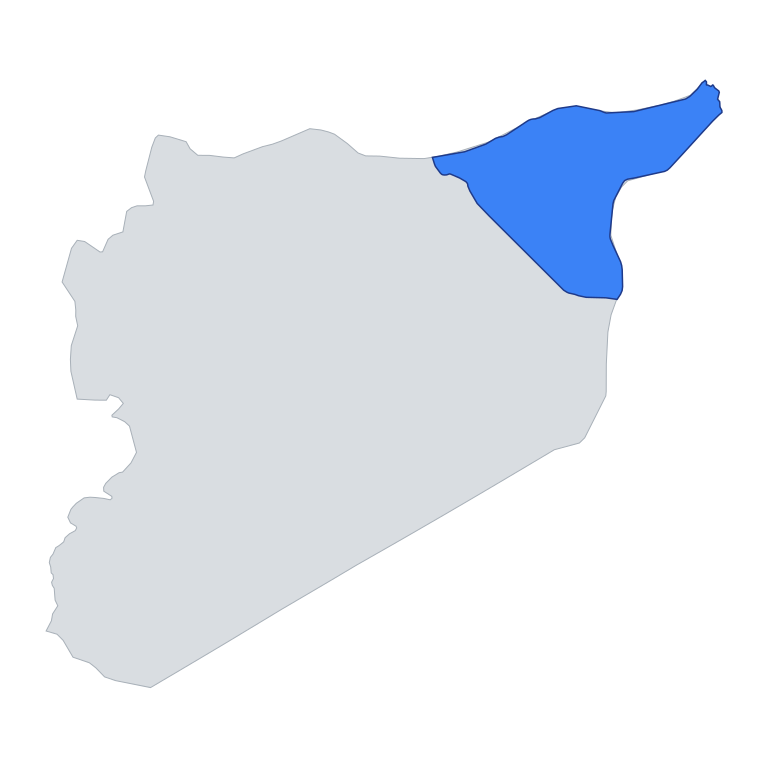 Hasaka (Al Haksa) on a map of Syria (orthographic projection)
{"feature_id": "SYR-141", "entity_name": "Hasaka (Al Haksa)", "entity_type": "Province", "adm_level": 1, "iso_a3": "SYR", "parent_name": "Syria", "parent_adm1": "", "projection": "orthographic", "projection_center": [41.143, 36.439], "detail": "fine", "context": "in_parent", "style": "filled", "palette": "blue", "viewbox_px": 768, "rotation_deg": 0, "n_neighbors": 0, "source": "natural_earth", "source_scale": "10m", "svg_char_len": 3510}
<svg xmlns="http://www.w3.org/2000/svg" viewBox="0 0 768 768"><path d="M77.2,240.3L84.6,241.5L100.0,252.0L102.6,251.8L108.1,239.3L112.9,235.2L122.9,231.9L126.7,211.4L131.5,207.7L137.1,205.8L145.6,205.8L153.0,205.0L153.6,201.3L144.5,177.0L145.7,171.0L151.8,147.2L155.3,138.0L158.4,135.1L170.0,136.8L186.1,141.7L190.1,148.8L197.8,155.3L209.7,155.4L223.5,157.1L234.2,157.9L243.0,153.9L262.7,146.6L272.4,144.2L281.3,141.0L309.8,128.7L321.0,130.0L328.6,132.0L334.5,134.2L347.4,143.6L358.1,153.0L365.7,155.9L379.6,156.1L399.5,158.2L424.0,158.6L438.4,156.3L456.7,152.1L489.4,141.8L532.4,119.7L557.5,108.9L568.4,107.6L582.4,107.5L596.5,110.4L612.5,112.4L619.9,112.3L637.2,109.9L659.6,105.3L673.6,101.4L690.5,95.2L701.0,84.9L704.4,83.8L708.9,85.6L710.9,86.3L715.3,92.0L720.1,106.9L720.1,108.5L719.3,112.8L708.3,125.2L693.4,142.0L682.6,152.6L664.4,170.4L650.8,174.3L627.7,180.8L621.5,187.0L615.7,197.0L612.3,210.7L611.4,219.2L610.8,235.2L616.2,251.8L621.5,267.6L622.2,278.2L621.7,288.5L616.6,299.6L611.1,314.8L607.9,332.0L606.3,364.1L606.2,391.5L605.8,395.9L596.1,415.2L584.7,437.8L579.4,443.0L554.4,449.7L527.0,466.0L496.3,484.2L468.3,500.7L438.8,517.9L408.2,535.6L386.2,548.2L356.7,565.0L329.8,581.0L302.4,597.1L281.6,609.3L249.8,628.5L231.1,639.8L203.6,656.2L179.3,670.6L150.5,687.6L115.5,680.6L104.6,676.9L95.8,667.8L89.4,662.8L73.0,657.2L63.1,640.3L57.0,634.2L46.1,631.0L51.4,620.8L52.6,613.9L57.8,605.8L55.1,600.1L54.2,588.3L52.3,585.3L51.6,582.2L53.5,578.5L53.0,574.6L51.2,572.9L50.7,567.0L49.3,562.6L50.4,557.4L53.0,554.1L55.8,547.6L58.8,545.8L63.7,541.9L65.1,537.7L69.6,533.7L75.3,530.6L76.7,527.9L76.0,526.2L70.5,522.9L67.8,517.2L70.9,509.4L72.8,507.0L76.3,503.3L84.1,497.9L90.0,497.2L95.1,497.5L103.6,498.4L110.2,499.8L112.0,498.3L111.8,496.4L103.8,491.2L103.6,487.3L105.8,483.3L111.9,477.1L119.1,472.7L122.6,472.1L131.0,462.9L136.5,452.4L129.5,426.1L124.7,421.7L116.9,417.7L112.2,416.9L111.9,415.2L118.6,409.0L123.3,403.4L118.6,397.7L109.9,394.7L106.3,400.2L94.9,400.1L77.2,399.1L70.9,371.3L70.4,359.4L71.3,345.6L77.7,325.8L75.7,316.4L75.8,310.1L74.9,301.4L62.1,282.0L71.5,248.3L77.2,240.3Z" fill="#d9dde1" stroke="#a8b0b8" stroke-width="1"/><path d="M705.2,80.4L706.4,81.7L706.5,83.1L706.4,84.4L706.5,84.9L707.8,85.1L710.8,86.5L711.4,86.2L712.0,85.6L712.6,85.0L713.2,85.2L713.6,85.9L714.2,87.0L714.6,87.7L718.0,90.4L718.6,90.7L719.3,92.3L717.6,99.2L718.8,100.7L719.6,101.5L719.8,103.2L719.9,106.7L720.5,108.1L721.3,109.4L721.9,110.8L721.9,112.5L718.9,115.0L712.7,121.1L702.6,132.1L683.1,153.5L669.9,167.8L667.3,170.1L664.6,171.4L633.9,178.1L627.5,179.2L624.6,180.6L622.6,183.3L613.8,200.5L613.0,203.8L609.9,234.8L609.9,236.8L610.3,238.9L612.8,244.9L612.8,245.0L620.6,261.8L621.7,265.7L622.2,269.8L622.6,286.7L622.1,290.6L620.5,294.3L617.1,299.4L605.9,297.8L586.2,297.3L578.5,295.7L574.9,294.4L568.7,293.0L566.9,292.2L563.7,290.2L489.5,216.3L477.2,203.5L469.9,191.0L467.9,186.2L467.7,184.6L467.6,184.1L467.5,183.7L466.8,182.7L465.8,181.6L459.6,178.0L450.6,174.1L450.1,174.0L449.6,173.9L449.2,174.0L448.8,174.1L447.2,174.7L446.4,174.9L444.6,175.0L443.5,174.9L442.5,174.7L441.7,174.3L440.4,173.1L435.5,166.5L434.6,164.4L432.4,157.4L464.5,151.8L485.8,144.1L495.6,138.3L499.2,137.1L502.9,136.5L506.6,134.8L513.7,130.1L526.8,121.4L528.8,120.2L530.9,119.4L533.0,119.0L535.3,118.9L539.8,117.6L553.0,110.4L557.9,108.5L576.3,105.8L599.8,110.6L604.2,112.4L606.3,113.0L633.7,111.6L674.5,101.7L685.6,99.0L689.9,96.3L697.2,89.3L702.1,82.7L703.5,81.8L705.2,80.4Z" fill="#3b82f6" stroke="#1e3a8a" stroke-width="1.5"/></svg>